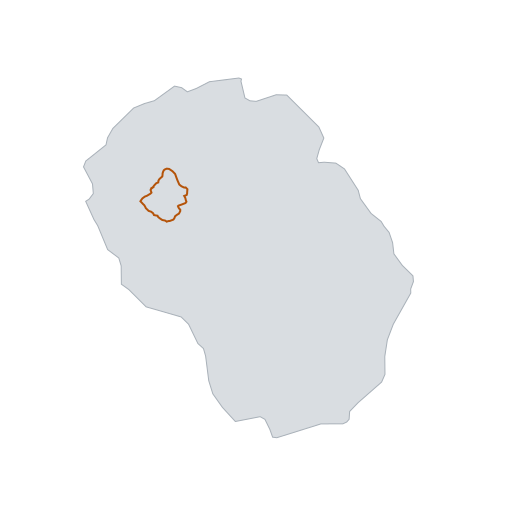 where Demir Hisar sits in North Macedonia, rotated 69°
{"feature_id": "MKD-2897", "entity_name": "Demir Hisar", "entity_type": "Statistical Region", "adm_level": 1, "iso_a3": "MKD", "parent_name": "North Macedonia", "parent_adm1": "", "projection": "natural_earth1", "projection_center": [21.134, 41.256], "detail": "fine", "context": "in_parent", "style": "outline", "palette": "amber", "viewbox_px": 512, "rotation_deg": 69, "n_neighbors": 0, "source": "natural_earth", "source_scale": "10m", "svg_char_len": 2193}
<svg xmlns="http://www.w3.org/2000/svg" viewBox="0 0 512 512"><g transform="rotate(69 256 256)"><path d="M231.7,137.1L239.9,138.0L257.6,133.3L268.6,126.8L274.2,125.8L281.7,123.3L292.5,123.7L303.4,126.5L317.2,122.8L330.8,116.6L336.3,118.2L342.2,123.4L346.1,124.8L368.9,152.3L381.3,163.4L396.0,171.8L412.7,178.0L418.7,183.9L429.5,213.2L434.7,224.3L441.8,227.6L443.5,230.8L443.8,235.0L436.0,255.6L433.1,301.7L431.1,305.4L422.8,305.2L411.7,306.2L407.5,309.7L403.1,334.6L385.3,341.6L369.2,345.7L355.5,344.8L331.4,338.9L323.6,338.2L316.9,341.6L295.5,343.4L286.1,347.7L264.1,376.8L241.7,386.8L234.1,391.8L216.9,385.4L208.7,384.8L196.9,392.2L170.9,392.9L163.9,394.2L143.9,395.4L143.1,391.4L139.4,385.5L130.1,382.8L111.0,385.1L106.3,380.8L98.5,356.2L92.4,352.2L85.6,343.9L74.0,317.2L73.7,305.4L74.6,295.2L68.2,271.2L72.2,265.1L78.1,261.3L78.2,251.6L76.6,237.0L83.7,208.2L85.6,206.1L87.4,207.4L104.5,209.7L108.9,206.1L111.7,200.4L112.7,179.4L116.8,169.6L158.1,151.1L170.2,150.4L179.5,158.9L186.9,164.4L191.3,164.2L192.9,158.7L197.9,148.2L206.4,142.2L231.5,137.0L231.7,137.1Z" fill="#d9dde1" stroke="#a8b0b8" stroke-width="1"/><path d="M169.1,296.1L169.7,296.4L170.7,296.9L173.1,298.0L174.2,298.9L174.2,300.3L174.2,301.5L176.5,301.2L178.7,301.5L180.4,301.5L181.3,302.9L181.3,305.0L181.3,307.5L181.2,309.2L181.2,310.3L181.5,311.0L182.6,311.0L184.1,310.8L185.5,310.1L186.9,310.6L188.8,312.7L189.2,315.0L189.9,317.3L191.5,318.7L192.4,320.1L192.4,321.7L192.4,324.0L192.0,325.2L191.9,327.1L191.6,327.2L190.3,328.2L188.8,330.6L186.1,332.5L184.4,333.4L183.1,333.5L182.3,334.9L181.2,336.6L179.3,336.7L177.1,338.0L175.4,340.1L173.8,340.8L171.9,341.7L170.4,341.8L168.5,342.1L167.1,342.8L165.1,343.6L163.5,344.3L163.0,343.7L161.5,341.4L160.7,338.5L160.7,336.2L160.0,332.3L159.4,330.9L158.0,330.8L156.6,330.8L155.6,329.6L155.2,328.1L155.0,328.4L154.8,327.5L153.8,326.0L153.4,325.3L152.3,323.0L152.3,320.9L150.6,320.0L149.6,318.7L148.8,316.7L148.2,315.0L146.8,314.2L145.4,313.6L143.9,312.4L142.9,311.3L142.5,309.9L142.5,307.9L142.7,307.6L143.6,305.9L146.9,303.6L150.4,302.1L154.5,302.2L157.4,302.2L161.8,302.0L164.2,300.6L166.4,298.5L166.8,297.1L169.1,296.1Z" fill="none" stroke="#b45309" stroke-width="2"/></g></svg>